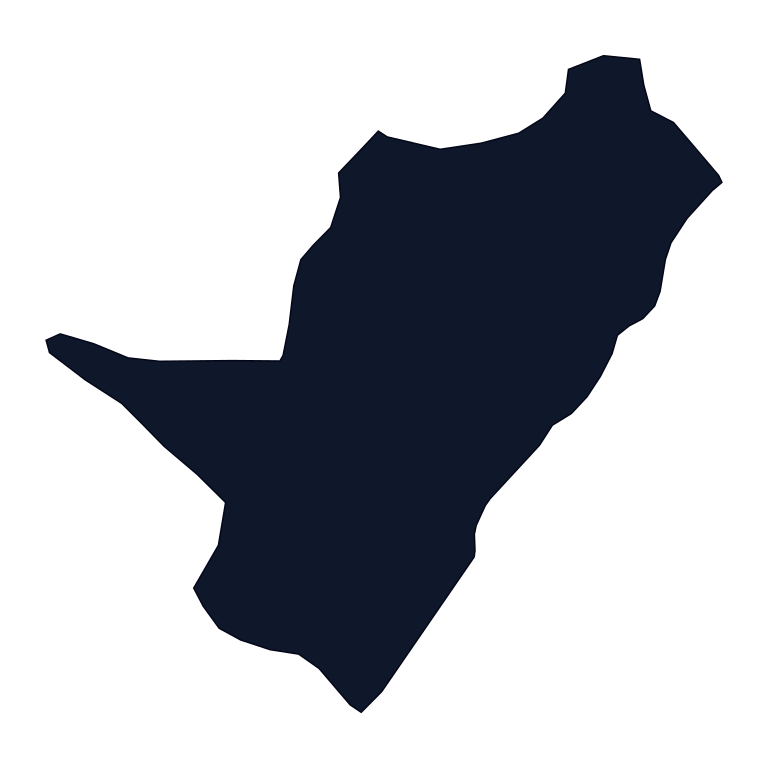 the border of Podgorica
{"feature_id": "MNE-1517", "entity_name": "Podgorica", "entity_type": "Municipality", "adm_level": 1, "iso_a3": "MNE", "parent_name": "Montenegro", "parent_adm1": "", "projection": "natural_earth1", "projection_center": [19.345, 42.469], "detail": "fine", "context": "isolated", "style": "filled", "palette": "ink", "viewbox_px": 768, "rotation_deg": 0, "n_neighbors": 0, "source": "natural_earth", "source_scale": "10m", "svg_char_len": 1009}
<svg xmlns="http://www.w3.org/2000/svg" viewBox="0 0 768 768"><path d="M721.9,182.4L712.2,190.6L687.1,218.3L671.0,242.8L665.4,259.5L660.1,291.3L654.7,305.9L642.8,318.6L629.0,326.0L617.4,335.3L612.1,353.6L600.4,376.4L587.1,396.7L571.4,413.5L552.4,425.2L539.6,445.1L490.3,498.5L485.3,505.5L476.2,525.4L474.4,534.2L475.0,550.8L474.1,557.1L381.7,691.6L361.2,712.3L350.2,704.9L319.1,668.5L298.6,654.1L270.2,649.7L240.7,640.0L219.2,628.3L203.2,606.2L193.7,588.1L218.4,545.3L225.6,502.5L197.2,474.4L164.1,446.3L142.1,423.8L121.7,403.4L85.6,380.1L49.5,352.6L46.1,340.2L60.2,333.9L74.3,338.0L94.1,343.9L128.1,357.9L159.4,361.3L232.1,360.6L279.9,361.0L283.1,355.3L289.2,324.5L293.8,285.7L300.9,259.6L312.9,245.6L330.7,227.5L340.5,197.4L338.6,173.0L363.8,146.6L378.3,131.1L387.2,136.9L440.2,149.3L481.0,143.2L518.7,133.2L542.8,118.2L565.3,93.1L568.5,69.4L603.5,55.7L639.6,59.3L643.8,85.1L650.8,110.8L673.5,122.5L693.1,145.4L718.6,175.4L721.7,181.9L721.9,182.4Z" fill="#0f172a" stroke="#020617" stroke-width="1.5"/></svg>